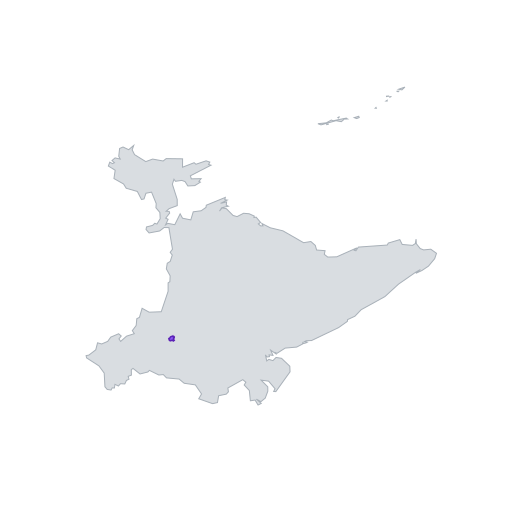 location of Delhi within India, rotated 253°
{"feature_id": "IND-2428", "entity_name": "Delhi", "entity_type": "Union Territory", "adm_level": 1, "iso_a3": "IND", "parent_name": "India", "parent_adm1": "", "projection": "equal_earth", "projection_center": [77.088, 28.657], "detail": "fine", "context": "in_parent", "style": "filled", "palette": "violet", "viewbox_px": 512, "rotation_deg": 253, "n_neighbors": 0, "source": "natural_earth", "source_scale": "10m", "svg_char_len": 4554}
<svg xmlns="http://www.w3.org/2000/svg" viewBox="0 0 512 512"><g transform="rotate(253 256 256)"><path d="M112.9,214.4L118.5,213.0L119.2,208.3L129.3,210.3L136.1,207.0L138.3,209.4L141.6,207.2L138.0,190.5L134.2,189.9L132.6,187.2L133.3,179.4L127.1,176.3L127.5,171.3L136.2,159.5L140.0,163.6L150.5,160.3L155.3,150.1L160.8,146.5L165.6,134.8L169.7,132.7L170.6,128.3L177.8,120.6L176.7,118.7L177.1,110.6L184.5,105.5L183.7,103.5L178.5,102.0L178.3,98.6L175.3,98.5L174.9,95.7L172.0,93.1L173.5,89.1L171.9,86.4L174.5,83.6L171.2,82.0L171.9,79.9L170.2,78.2L171.9,74.7L175.1,73.3L188.4,76.6L196.8,73.7L208.1,64.2L210.4,64.4L210.1,67.2L213.1,75.3L219.3,79.1L217.0,82.7L217.7,89.2L220.9,93.4L221.8,101.9L218.9,103.7L216.8,100.7L213.9,101.6L217.2,108.8L217.3,116.9L220.8,115.9L224.6,121.1L230.9,123.7L231.4,126.6L239.3,131.8L233.5,137.4L230.4,149.1L247.9,161.6L256.0,164.1L256.6,166.1L262.1,168.1L269.9,166.5L275.0,169.0L275.9,172.4L281.4,176.2L284.6,175.0L286.9,178.1L308.6,181.0L310.1,176.5L308.1,171.2L309.3,160.5L313.5,158.6L315.8,159.8L315.5,166.1L316.9,168.8L315.5,170.6L319.7,175.3L325.8,176.8L331.4,174.4L335.3,175.9L347.6,174.8L348.2,169.1L343.3,165.6L343.5,163.0L352.4,161.4L358.7,151.7L363.6,150.4L371.6,142.8L379.2,146.4L385.2,141.1L388.5,143.6L386.3,145.8L386.6,147.9L389.4,146.2L391.0,149.9L388.4,154.5L391.5,153.9L398.7,157.0L399.1,160.7L394.9,165.3L397.5,171.4L393.7,168.6L388.4,169.5L378.5,178.2L378.9,185.5L374.0,195.0L375.4,198.6L370.4,214.2L362.4,211.7L363.3,224.1L361.3,225.4L361.6,236.1L359.3,239.3L357.4,237.4L356.0,239.5L351.9,216.7L348.7,216.7L346.0,226.1L344.1,223.2L342.9,224.4L341.2,218.1L342.9,211.3L347.9,209.9L350.0,207.1L351.0,200.8L353.4,200.0L349.1,197.0L333.2,197.2L327.2,195.4L326.7,186.8L325.1,183.2L324.0,186.0L322.3,186.0L318.6,180.7L316.8,182.7L312.2,178.6L313.0,181.2L309.7,187.5L318.5,195.8L313.6,196.8L309.6,204.2L316.6,208.9L315.3,216.8L317.1,222.4L319.1,223.3L321.0,243.8L319.0,242.6L317.9,244.8L316.7,237.5L316.3,243.7L313.3,242.4L311.7,244.1L312.2,237.3L309.6,234.2L311.9,237.6L309.9,241.5L301.5,245.9L299.2,249.4L300.5,256.6L298.4,261.8L294.7,266.0L293.4,265.3L293.1,267.5L286.7,270.2L286.0,267.6L283.4,269.3L282.8,271.5L285.4,271.1L278.8,277.9L272.2,289.1L254.8,305.4L253.8,312.7L248.8,315.8L244.0,315.7L240.9,323.6L237.6,321.8L234.0,324.3L231.6,333.0L234.3,354.8L232.7,351.6L231.8,353.1L234.6,356.5L228.1,384.7L229.7,386.3L229.6,398.3L224.3,399.2L220.4,408.8L221.3,412.0L225.3,414.0L220.9,412.9L215.1,415.2L212.8,418.1L211.4,425.1L205.8,429.4L201.2,426.1L195.9,418.0L193.6,410.4L192.7,403.8L195.0,409.2L193.8,403.9L187.4,384.0L179.5,367.4L173.9,340.9L169.5,333.0L168.4,325.0L166.8,324.3L163.4,314.1L158.9,284.4L160.3,279.3L160.0,277.5L158.6,279.9L158.3,278.5L158.4,275.5L160.1,275.8L158.2,274.7L157.0,268.3L159.4,257.0L156.8,247.6L157.9,246.3L156.7,246.4L161.7,242.5L156.0,243.2L157.6,239.6L155.8,239.5L156.2,237.0L158.7,236.1L152.5,235.6L153.4,238.0L151.0,241.6L153.1,245.5L150.7,250.5L140.7,256.1L135.3,254.7L120.5,235.3L121.3,233.3L123.5,235.4L132.6,231.5L135.8,224.6L127.5,229.0L123.3,227.8L117.4,223.3L115.3,218.2L119.0,214.5L113.5,217.9L112.9,214.4ZM361.6,381.6L359.5,376.9L362.0,372.1L362.4,356.5L364.4,353.9L362.8,362.2L364.0,367.8L362.8,369.2L361.6,381.6ZM373.8,441.1L374.0,447.8L372.2,444.1L373.8,441.1ZM359.6,395.1L358.2,395.2L358.0,392.4L359.6,390.4L359.6,395.1ZM369.1,430.2L369.0,432.2L368.7,430.4L369.1,430.2ZM370.7,427.5L370.1,430.1L370.3,427.4L370.7,427.5ZM372.5,438.6L371.9,440.7L371.5,439.9L372.5,438.6ZM363.0,414.2L362.1,414.3L362.5,413.2L363.0,414.2ZM361.3,382.6L360.3,383.6L360.7,381.9L361.3,382.6ZM364.4,374.7L364.9,376.6L363.8,375.2L364.4,374.7ZM366.6,427.0L365.8,426.7L366.2,425.6L366.6,427.0ZM361.2,362.1L360.8,364.2L361.0,362.0L361.2,362.1Z" fill="#d9dde1" stroke="#a8b0b8" stroke-width="1"/><path d="M202.5,148.5L202.7,148.9L202.6,149.2L202.7,149.4L202.8,149.7L203.6,150.5L203.7,150.8L203.7,151.0L203.8,151.5L203.8,151.8L203.7,151.9L203.6,152.1L203.5,152.3L203.5,152.5L203.8,153.1L203.2,153.2L203.1,153.3L202.9,153.4L202.8,153.6L202.7,153.6L202.8,153.7L202.8,153.8L202.9,154.0L202.5,154.2L202.0,154.0L201.9,153.9L201.7,153.8L201.5,153.7L201.4,153.5L201.3,153.1L200.6,152.6L200.4,152.7L200.4,152.9L200.2,152.9L199.7,153.0L199.3,153.1L199.3,152.9L199.2,152.8L199.2,152.7L199.0,152.4L198.9,152.3L199.0,152.2L199.3,151.7L199.6,151.6L199.8,151.2L200.0,150.9L200.0,150.6L199.9,150.4L200.0,150.2L199.9,149.6L199.9,149.4L200.0,149.1L200.4,148.8L200.6,148.7L200.9,148.8L201.1,148.6L201.2,148.4L201.3,148.4L201.8,148.5L202.0,148.6L202.5,148.5Z" fill="#8b5cf6" stroke="#5b21b6" stroke-width="1.5"/></g></svg>